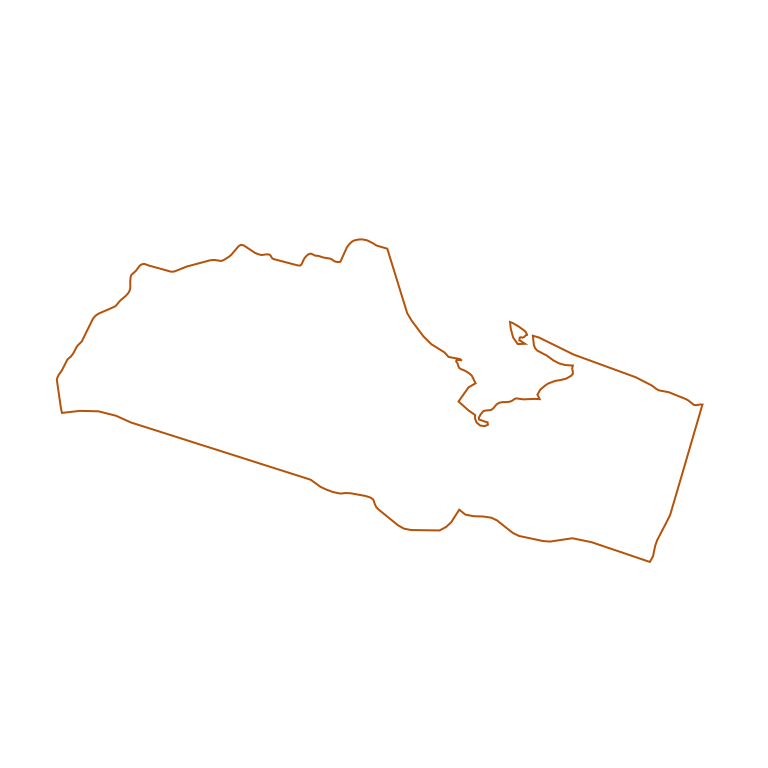 the Province of Maputo, rotated 288°
{"feature_id": "MOZ-1927", "entity_name": "Maputo", "entity_type": "Province", "adm_level": 1, "iso_a3": "MOZ", "parent_name": "Mozambique", "parent_adm1": "", "projection": "mercator", "projection_center": [32.628, -25.536], "detail": "fine", "context": "isolated", "style": "outline", "palette": "amber", "viewbox_px": 768, "rotation_deg": 288, "n_neighbors": 0, "source": "natural_earth", "source_scale": "10m", "svg_char_len": 3269}
<svg xmlns="http://www.w3.org/2000/svg" viewBox="0 0 768 768"><g transform="rotate(288 384 384)"><path d="M296.9,691.8L297.7,630.3L295.5,610.8L285.4,590.5L283.8,583.8L281.2,559.3L282.2,552.4L289.2,533.6L290.0,527.3L288.6,519.1L286.0,510.3L284.9,501.8L287.7,494.4L273.5,490.7L267.4,487.4L261.9,482.1L253.5,454.9L252.6,447.8L253.9,441.2L263.0,417.5L264.6,414.6L267.4,412.0L269.4,410.7L270.9,409.3L271.8,406.2L271.8,401.0L269.8,386.2L268.5,381.3L266.3,376.4L265.5,369.0L265.8,361.3L266.6,355.3L270.3,343.8L270.0,292.6L269.8,255.2L269.6,227.2L269.4,187.7L269.2,155.1L271.0,139.0L269.8,120.9L264.4,102.9L257.0,86.7L260.4,84.6L287.0,71.5L288.6,71.4L290.2,71.5L292.1,71.8L297.2,73.4L309.7,75.4L312.3,77.0L313.2,77.7L317.1,79.0L324.0,80.2L325.8,80.7L331.0,83.4L356.0,87.0L359.3,88.3L361.3,89.6L363.0,91.1L374.5,104.1L375.7,104.9L382.0,107.4L388.0,111.2L391.2,112.6L393.3,113.1L395.2,113.2L396.7,113.1L398.1,112.7L403.2,110.9L407.5,110.0L409.2,110.0L410.5,110.4L411.5,111.0L412.5,111.7L415.1,113.1L420.4,114.9L421.6,115.5L422.9,116.6L423.6,117.8L424.1,118.9L424.2,119.9L424.0,123.5L425.0,146.7L425.4,148.0L425.9,149.2L426.5,150.2L434.6,159.9L447.8,180.2L448.9,182.5L449.7,185.0L450.6,190.8L451.6,192.4L453.3,194.1L456.6,196.8L459.4,198.7L470.3,203.2L472.1,204.9L472.5,207.7L468.9,220.6L468.6,224.2L468.8,227.7L470.8,231.7L471.5,233.9L471.6,235.5L471.0,236.5L470.2,237.4L469.5,238.2L468.9,239.2L468.7,240.2L470.1,264.9L470.6,267.3L471.6,268.3L472.9,268.7L477.6,269.2L479.7,269.7L482.8,271.2L484.3,272.4L485.2,273.7L485.4,275.1L485.0,277.6L484.8,278.6L484.9,279.5L485.3,280.5L485.6,282.7L485.5,286.8L486.6,294.0L486.5,295.3L485.6,298.3L485.4,299.1L485.4,300.2L485.7,302.4L486.5,304.5L487.4,304.8L502.5,306.5L506.1,307.7L509.1,309.3L510.6,310.5L511.6,311.7L513.4,314.9L514.4,317.3L514.8,318.6L515.4,323.0L515.3,324.4L514.5,329.8L513.5,333.5L513.4,334.9L513.7,345.3L458.5,384.2L452.6,391.0L441.4,406.9L436.5,416.7L432.7,431.9L429.7,437.0L431.2,448.7L430.2,450.8L430.4,449.5L430.0,447.8L429.1,445.6L427.8,445.6L426.3,447.6L424.3,448.9L422.6,450.4L421.9,452.9L421.7,456.3L421.1,459.5L420.2,462.4L419.0,465.0L413.0,470.9L406.9,465.4L390.4,460.3L384.9,472.8L382.7,480.2L379.2,481.3L376.0,483.9L374.2,488.4L375.1,492.8L377.3,495.4L379.6,494.3L379.4,493.1L379.6,485.4L381.0,484.6L384.2,485.1L387.4,486.2L389.2,487.1L390.2,488.9L391.8,492.8L392.8,494.3L394.9,495.6L399.5,497.4L401.7,499.3L403.2,501.9L405.1,507.3L406.6,509.9L408.4,511.6L410.1,512.8L411.2,514.2L412.5,521.4L416.3,531.6L417.7,536.7L421.3,533.2L426.7,534.3L432.0,537.5L435.1,539.9L439.7,545.6L442.5,551.0L445.5,555.7L449.6,559.4L452.1,560.5L454.3,559.6L456.8,558.2L459.9,557.9L458.0,550.3L457.7,544.1L458.8,537.8L461.3,530.2L463.2,519.2L465.0,516.4L467.6,514.4L475.9,510.7L476.1,517.1L470.6,555.2L468.2,621.3L465.3,639.3L463.4,644.7L462.9,647.5L464.2,657.3L462.9,676.1L462.4,678.5L459.9,685.1L460.3,687.5L462.2,691.0L462.9,693.2L429.9,694.2L400.0,695.1L372.5,695.9L347.7,696.6L335.7,694.7L320.2,692.1L314.0,691.9L303.2,693.1L296.9,691.8ZM465.8,505.7L463.3,498.8L468.2,492.4L475.9,487.4L481.9,484.7L481.8,487.3L480.3,494.3L478.1,501.1L477.4,502.5L475.4,504.6L474.8,504.8L474.2,503.9L471.7,502.5L470.9,501.4L470.8,499.8L470.0,498.7L467.2,499.3L467.3,500.2L465.8,505.7Z" fill="none" stroke="#b45309" stroke-width="2"/></g></svg>